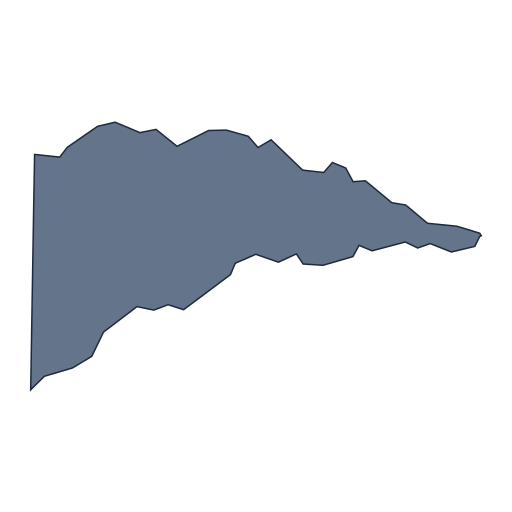 Delta, Texas, United States of America (orthographic projection)
{"feature_id": "52423323B91707505421918", "entity_name": "Delta", "entity_type": "district", "adm_level": 2, "iso_a3": "USA", "parent_name": "United States of America", "parent_adm1": "Texas", "projection": "orthographic", "projection_center": [-95.581, 33.357], "detail": "fine", "context": "isolated", "style": "filled", "palette": "slate", "viewbox_px": 512, "rotation_deg": 0, "n_neighbors": 0, "source": "geoboundaries", "source_scale": "gbopen_adm2", "svg_char_len": 746}
<svg xmlns="http://www.w3.org/2000/svg" viewBox="0 0 512 512"><path d="M33.7,205.1L30.7,389.8L44.3,376.3L72.6,367.9L91.8,356.3L103.5,332.1L137.0,306.6L153.8,310.1L168.1,304.7L183.6,309.7L230.5,274.6L235.2,263.3L255.8,254.3L278.4,262.2L296.4,253.9L303.1,264.0L323.0,265.3L352.9,256.6L359.0,245.4L372.1,250.8L405.3,242.0L417.7,248.0L430.2,243.6L451.4,252.0L474.8,246.4L479.7,236.5L481.3,235.7L479.7,233.2L456.8,226.2L427.5,223.3L405.7,205.0L391.8,202.7L365.4,180.8L353.1,181.7L345.7,168.0L332.4,162.5L323.7,172.5L302.6,170.1L271.1,139.8L258.0,147.5L248.3,136.3L226.4,130.1L208.6,130.5L177.0,146.3L156.1,129.4L139.9,132.6L115.1,122.2L97.6,126.3L67.4,147.2L59.7,157.1L34.6,154.4L33.7,205.1Z" fill="#64748b" stroke="#1e293b" stroke-width="1.5"/></svg>